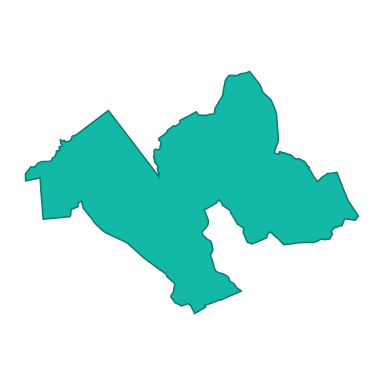 the district of Vecates pag., Burtnieku, Latvia, rotated 181°
{"feature_id": "27541924B99627900345565", "entity_name": "Vecates pag.", "entity_type": "district", "adm_level": 2, "iso_a3": "LVA", "parent_name": "Latvia", "parent_adm1": "Burtnieku", "projection": "albers", "projection_center": [25.143, 57.793], "detail": "fine", "context": "isolated", "style": "filled", "palette": "teal", "viewbox_px": 384, "rotation_deg": 181, "n_neighbors": 0, "source": "geoboundaries", "source_scale": "gbopen_adm2", "svg_char_len": 5927}
<svg xmlns="http://www.w3.org/2000/svg" viewBox="0 0 384 384"><g transform="rotate(181 192 192)"><path d="M25.2,170.9L34.3,184.0L35.7,186.0L39.1,193.8L42.7,202.5L43.1,203.5L47.5,214.2L50.0,213.6L54.2,213.0L57.0,212.9L59.0,211.2L61.5,209.6L66.9,204.6L69.2,207.9L70.2,208.9L71.6,211.1L73.1,214.2L74.5,215.7L74.8,216.6L75.3,217.0L75.2,217.8L75.2,218.6L75.7,219.3L76.1,219.7L77.7,220.3L77.8,220.4L77.7,221.5L78.0,222.0L79.3,223.5L80.2,224.5L80.9,224.6L81.2,225.0L82.4,225.3L83.3,226.4L84.7,226.8L85.2,226.7L85.9,227.1L86.6,227.3L87.0,227.2L87.5,226.7L88.6,226.4L89.0,226.8L91.5,228.8L92.5,229.9L93.6,230.4L94.9,231.2L95.7,231.0L96.7,231.5L97.6,231.5L98.2,232.1L99.0,232.1L100.2,232.9L101.5,232.7L102.3,232.9L102.6,232.7L102.9,232.7L103.2,233.2L103.4,233.5L103.7,233.7L104.6,233.8L105.2,233.7L105.5,233.5L105.6,233.2L105.8,232.7L105.5,231.1L108.2,231.7L110.3,232.4L109.5,236.2L106.5,244.6L106.7,246.5L106.9,250.2L108.9,271.5L109.7,273.8L110.4,276.0L110.9,277.3L112.9,281.7L114.5,285.3L115.2,286.1L119.1,289.6L122.4,292.5L122.9,292.8L122.9,293.0L125.5,299.8L133.0,309.2L136.5,313.5L140.9,311.7L143.9,311.4L145.3,311.1L149.1,309.2L149.8,309.1L155.0,309.4L156.9,309.2L157.2,309.0L157.6,308.5L159.6,305.7L160.6,304.1L162.4,294.5L162.9,289.6L164.6,286.2L165.7,284.4L170.5,275.9L171.2,270.4L176.2,269.9L178.9,268.9L186.6,268.9L189.2,272.3L198.5,266.9L200.0,266.3L202.1,265.0L202.7,264.8L205.5,263.2L204.8,261.3L206.9,259.5L210.1,257.2L211.4,258.0L211.7,258.0L214.0,255.9L217.8,253.2L217.6,251.9L221.2,248.6L225.9,245.3L226.2,243.9L226.1,243.3L225.3,242.7L225.0,242.6L224.5,242.0L224.1,241.3L224.1,240.6L223.5,239.4L223.7,239.1L224.1,238.7L224.1,238.4L224.1,238.2L224.4,237.9L224.4,237.6L224.7,237.3L224.7,235.3L225.5,234.3L226.3,233.4L229.1,234.2L230.3,233.6L230.7,232.2L230.5,230.3L230.6,227.7L231.1,226.2L230.9,225.9L230.5,225.9L230.5,225.6L230.3,225.1L230.3,224.8L230.2,224.4L230.1,223.9L230.2,223.7L230.0,223.4L229.7,223.5L229.7,223.4L230.1,222.7L230.1,222.3L229.8,222.0L229.6,221.3L229.4,221.1L229.1,221.2L228.7,221.0L228.7,220.9L229.1,220.6L228.6,220.2L228.6,219.7L228.4,219.4L228.1,219.4L228.1,219.2L227.9,219.0L227.2,218.3L227.1,217.9L226.9,217.6L226.7,217.0L226.5,216.3L226.4,216.3L226.3,216.6L226.2,216.7L225.9,216.5L225.9,216.2L225.9,215.9L227.1,215.1L227.1,214.9L226.7,213.5L226.6,212.7L226.3,212.2L226.2,211.8L225.9,211.6L225.7,211.3L225.8,211.1L226.0,211.1L226.0,210.7L225.9,210.6L225.5,210.6L225.1,210.3L225.0,210.2L225.4,209.5L225.8,209.4L226.0,209.0L225.8,208.7L225.7,208.6L225.8,208.4L225.4,208.2L225.5,208.0L225.5,207.6L225.4,207.6L225.4,206.9L277.0,272.0L308.4,247.4L309.5,246.9L310.7,246.2L311.1,246.1L312.2,246.0L312.4,245.9L312.7,245.5L313.1,244.8L313.6,243.0L313.8,242.5L315.1,240.9L315.4,240.6L315.8,240.5L318.4,240.1L319.6,239.7L319.8,239.8L320.0,240.1L320.1,240.9L320.4,241.3L320.6,241.4L321.0,241.3L321.8,240.6L322.2,240.6L322.7,241.1L323.7,241.5L324.2,241.8L324.3,241.9L324.7,241.7L324.2,240.0L323.9,238.2L323.7,237.8L323.2,237.5L323.0,237.3L322.6,236.6L322.3,236.2L322.7,235.7L323.0,235.5L323.9,235.1L324.3,235.1L324.9,235.5L325.1,235.5L325.2,235.3L325.3,234.5L325.5,234.2L325.8,233.8L325.8,233.5L325.3,232.7L324.7,232.4L324.4,232.1L324.4,231.7L324.8,231.3L326.0,230.8L326.6,230.9L327.1,231.1L327.9,230.9L328.3,230.6L328.4,229.9L328.2,229.2L328.3,228.5L329.0,226.8L329.6,225.9L329.5,225.1L329.7,224.8L331.0,224.1L332.4,223.5L332.4,223.3L332.3,222.2L334.3,220.2L342.7,219.8L346.5,218.1L348.6,215.6L349.7,214.4L353.2,214.1L353.5,214.4L353.8,213.8L354.2,213.4L354.9,212.4L358.9,207.2L358.5,200.2L344.2,203.4L343.2,192.5L343.3,192.5L340.3,162.2L314.0,165.1L313.1,166.0L312.8,167.7L312.6,172.3L305.6,175.4L305.8,178.6L302.5,180.9L301.7,180.6L301.5,180.4L301.6,180.2L301.8,179.5L301.8,178.9L301.6,178.1L301.2,177.2L300.6,174.7L300.1,173.2L299.2,172.6L296.2,168.7L295.5,167.9L295.4,167.6L294.5,166.5L293.9,166.1L289.2,160.3L289.2,160.1L289.2,159.7L281.5,152.5L277.1,149.5L275.0,148.7L274.5,148.4L274.4,148.5L274.1,148.3L274.2,148.2L257.7,140.9L255.1,139.2L248.2,133.2L247.9,133.1L239.4,125.5L224.5,114.9L216.8,109.7L216.3,109.5L216.2,109.3L215.6,107.0L207.7,100.1L207.6,99.8L207.4,98.2L208.3,96.9L208.7,91.9L211.2,88.1L211.2,86.5L211.1,86.3L206.9,80.9L203.9,79.6L201.4,78.3L201.1,78.3L201.0,78.0L200.8,77.8L196.2,79.5L194.8,80.2L194.5,80.2L193.2,79.5L193.1,79.3L191.5,78.7L188.3,72.7L187.5,71.1L187.3,70.5L176.3,77.2L177.1,79.4L176.7,79.3L176.1,79.4L170.5,81.2L169.4,81.6L168.1,82.4L165.2,83.5L163.8,84.3L162.5,84.5L161.2,84.3L161.1,84.6L141.0,93.8L142.2,94.8L143.7,95.8L144.8,96.4L145.6,97.0L146.9,98.7L148.3,100.9L150.0,102.0L151.0,102.4L151.8,102.9L152.4,103.3L152.8,103.8L153.3,105.6L153.7,106.5L154.4,107.7L155.0,108.3L159.4,110.6L161.1,111.1L163.1,111.6L165.6,112.6L166.1,113.0L167.1,114.0L167.5,114.6L167.9,115.5L168.5,116.9L168.9,118.2L170.0,122.7L170.7,124.6L172.1,127.7L172.2,128.3L172.3,129.1L172.3,129.6L172.2,130.0L171.9,130.7L170.8,132.2L170.4,133.5L170.2,134.6L170.3,135.7L171.5,141.1L171.7,141.7L172.3,142.8L172.6,143.2L173.1,143.6L176.1,145.2L177.9,146.9L179.0,147.7L179.8,148.6L180.4,149.5L181.1,150.8L181.2,151.6L181.2,151.9L181.0,152.5L178.3,155.5L177.0,157.0L175.7,159.2L175.3,160.3L175.1,161.7L175.1,162.6L175.2,164.0L175.6,165.1L178.0,170.9L178.7,172.4L179.7,173.8L179.6,174.0L167.5,181.4L165.0,184.7L162.1,181.8L161.6,179.6L153.5,174.1L153.0,171.9L149.5,166.6L147.7,163.5L146.9,162.1L146.2,160.8L139.8,156.8L140.2,152.6L135.9,142.7L132.8,141.9L132.0,141.1L129.7,141.7L121.9,145.0L116.5,147.6L115.9,150.9L113.0,153.5L107.5,148.5L106.3,147.8L104.9,146.6L100.7,142.3L99.2,141.0L92.7,141.8L90.1,142.0L87.3,142.7L80.1,143.5L71.3,143.6L69.2,143.7L65.6,145.1L62.2,147.2L58.6,146.6L57.2,146.9L53.1,147.5L52.6,149.2L52.8,149.5L50.7,152.3L51.0,153.0L52.0,154.4L52.1,154.6L51.9,155.3L49.8,158.1L48.9,158.6L47.7,159.1L45.4,159.7L43.9,161.0L42.5,160.9L42.2,160.6L41.5,160.9L41.2,161.5L38.9,167.9L28.5,166.7L28.1,166.8L25.1,170.8L25.2,170.9Z" fill="#14b8a6" stroke="#0f766e" stroke-width="1.5"/></g></svg>